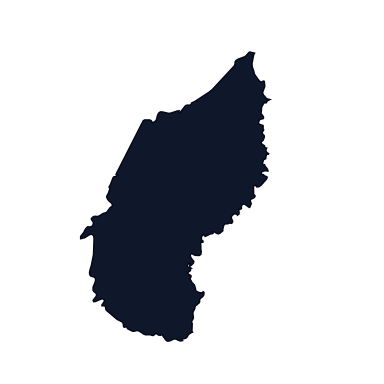 outline of Zanzan, rotated 215°
{"feature_id": "CIV-3449", "entity_name": "Zanzan", "entity_type": "Region", "adm_level": 1, "iso_a3": "CIV", "parent_name": "Ivory Coast", "parent_adm1": "", "projection": "natural_earth1", "projection_center": [-3.572, 8.502], "detail": "fine", "context": "isolated", "style": "filled", "palette": "ink", "viewbox_px": 384, "rotation_deg": 215, "n_neighbors": 0, "source": "natural_earth", "source_scale": "10m", "svg_char_len": 5773}
<svg xmlns="http://www.w3.org/2000/svg" viewBox="0 0 384 384"><g transform="rotate(215 192 192)"><path d="M256.4,89.9L257.7,91.7L257.7,93.2L257.4,96.5L257.5,97.3L257.9,99.0L257.9,101.8L257.5,103.6L256.4,104.3L255.2,105.0L254.3,106.4L254.2,108.3L254.9,109.9L256.1,111.0L257.7,111.4L259.1,112.3L259.0,114.2L257.9,116.2L255.1,117.9L254.0,119.8L252.5,123.4L250.6,125.7L250.2,126.5L250.1,131.7L249.7,133.3L248.9,134.8L249.7,135.4L250.3,136.1L251.0,136.6L252.2,136.9L254.5,137.0L256.8,137.6L259.0,138.9L259.6,140.6L259.7,142.7L261.1,147.6L261.6,148.0L262.2,148.1L262.7,148.4L262.9,149.3L263.0,151.1L264.8,158.3L264.7,159.7L263.8,160.3L263.1,161.0L262.9,162.3L263.3,163.1L264.2,162.7L264.6,164.3L268.7,193.3L272.8,222.3L272.2,223.8L268.2,226.6L267.0,227.0L266.0,226.9L264.8,226.3L264.1,226.2L263.5,226.9L262.9,228.2L262.5,229.9L262.7,231.2L263.9,234.2L264.5,236.6L264.4,238.4L263.5,239.8L261.7,240.8L256.4,242.9L254.8,244.2L250.7,249.7L249.2,251.1L249.1,250.7L248.7,250.2L248.1,249.7L247.5,249.8L247.3,250.5L246.9,258.3L246.6,259.4L245.9,260.3L243.9,261.7L243.1,262.5L243.0,263.0L243.3,264.4L243.3,264.9L242.9,265.6L242.1,266.9L241.7,267.5L235.3,283.4L234.1,287.6L229.7,319.3L229.8,320.5L230.4,322.0L231.0,322.8L231.4,323.7L231.3,325.1L230.5,327.1L226.4,333.0L226.0,334.0L225.3,339.2L224.8,339.9L220.4,341.6L220.2,339.7L216.5,331.5L215.4,330.2L214.0,328.7L211.0,326.6L209.0,324.8L207.9,324.1L201.5,321.8L199.6,321.5L198.4,321.5L197.7,322.9L197.2,323.7L196.9,324.0L196.4,324.1L195.9,323.8L194.4,321.9L193.5,321.0L193.2,320.5L193.0,320.1L192.8,319.6L191.4,314.4L191.1,313.8L190.5,313.3L189.4,312.6L188.9,312.2L188.4,312.0L187.9,312.2L187.6,312.2L186.8,311.7L186.2,311.8L184.8,311.3L184.5,311.2L184.1,311.3L181.2,312.4L182.5,310.0L182.4,307.6L183.8,306.8L184.1,305.1L183.6,300.9L183.3,300.8L181.3,297.5L181.0,296.7L180.7,296.1L179.9,295.6L178.9,295.4L177.7,295.0L176.7,294.5L176.0,293.9L175.8,292.9L177.6,290.9L178.1,289.7L177.3,286.6L175.6,286.1L172.0,287.2L171.3,286.6L170.8,285.6L170.3,284.7L169.2,284.3L168.9,283.7L168.8,282.2L168.5,280.7L167.4,280.0L165.2,279.6L164.2,278.4L163.4,275.0L164.1,272.7L163.0,271.5L161.0,271.3L159.2,271.5L158.7,270.8L157.9,270.3L157.1,270.3L156.1,270.8L155.5,268.7L154.6,267.7L153.2,267.3L151.2,267.3L151.2,266.6L152.2,266.1L152.3,265.3L151.8,263.3L151.5,262.9L150.9,262.0L150.8,261.3L151.2,260.7L151.7,260.1L151.9,259.5L151.4,257.7L150.9,256.6L150.5,255.8L149.3,254.8L148.2,256.0L147.3,255.1L144.6,254.4L143.3,253.9L141.9,252.9L141.8,252.6L142.6,252.3L143.9,251.7L145.4,250.2L146.1,249.2L146.4,248.2L145.7,246.2L144.8,246.3L143.9,247.1L143.0,247.1L141.7,246.8L140.2,247.3L138.9,247.3L138.4,245.6L138.9,241.0L139.3,237.2L140.3,234.6L141.9,233.3L143.9,234.0L144.2,233.6L144.9,232.4L145.1,231.9L144.0,230.7L140.5,225.8L139.6,225.3L138.7,225.2L138.0,224.9L137.8,223.7L138.1,222.4L139.4,220.3L139.7,219.1L139.1,218.0L137.0,216.6L136.6,215.9L136.5,214.8L136.1,213.4L136.0,212.4L137.0,212.2L141.4,212.3L142.7,212.0L143.4,210.9L143.6,209.8L143.5,208.9L143.0,208.1L142.1,206.9L142.1,206.5L142.5,206.3L142.7,205.3L142.8,205.0L143.1,204.7L143.3,204.2L143.3,203.5L143.1,203.0L142.7,202.9L142.3,202.9L142.1,202.8L141.6,202.0L141.1,201.4L140.9,200.6L141.5,199.2L141.8,199.6L143.0,199.3L144.8,198.6L145.4,196.7L145.8,195.3L145.0,193.3L141.7,191.2L141.5,189.3L142.0,188.8L143.6,188.2L144.2,186.8L146.7,184.7L146.9,183.2L146.3,181.0L145.9,180.4L145.4,178.9L144.5,178.0L145.5,174.3L146.4,172.8L147.9,172.3L150.6,172.2L151.7,171.8L152.5,170.9L151.1,170.5L151.4,169.6L153.0,168.0L155.3,163.9L155.8,163.2L157.0,163.5L157.8,164.0L158.4,163.6L158.6,161.4L158.2,160.0L157.2,158.8L156.0,158.0L154.9,158.1L154.7,157.8L154.7,157.6L154.3,157.4L154.8,156.8L155.0,156.4L155.3,156.1L156.1,156.0L156.1,155.3L154.4,153.6L151.8,150.0L150.3,148.5L149.0,146.0L149.6,144.2L151.5,142.9L153.7,141.8L154.9,141.6L156.2,141.6L157.2,141.1L157.4,139.7L156.7,138.6L155.4,137.7L153.9,137.1L150.7,136.2L150.1,134.5L150.4,132.2L151.2,129.8L152.1,131.3L153.1,132.6L153.8,132.4L153.7,129.8L153.1,128.2L152.1,128.2L150.6,128.8L148.8,129.1L149.0,128.7L149.5,128.4L148.2,126.8L149.3,123.4L147.9,122.7L145.2,122.9L144.6,122.7L144.2,121.9L144.0,120.7L143.7,119.6L143.0,119.2L142.1,118.9L140.3,117.9L136.6,117.1L134.2,115.2L131.8,112.8L131.3,113.3L130.8,113.4L130.2,113.4L129.3,113.5L127.9,114.0L126.3,114.9L125.7,115.7L125.7,116.5L125.4,116.8L124.4,116.4L124.1,115.9L123.7,115.1L123.3,114.2L123.2,113.5L123.4,111.8L123.8,110.7L124.1,109.6L123.9,107.8L123.6,107.4L123.2,107.1L122.9,106.6L122.6,105.7L122.7,104.8L122.9,104.1L123.1,103.6L123.2,103.2L123.3,102.2L123.8,101.1L123.9,100.3L123.7,99.6L122.8,97.9L122.4,94.5L121.7,93.1L119.3,90.4L118.7,89.6L118.4,88.8L118.3,88.0L118.3,86.9L118.1,85.8L117.6,85.2L116.9,84.7L116.2,84.1L112.3,78.0L111.2,77.5L111.8,76.7L112.9,74.1L113.1,72.8L112.9,70.4L112.9,69.5L113.4,68.5L116.1,65.3L115.0,64.9L114.6,64.8L115.8,63.5L117.4,62.9L120.7,62.4L122.4,61.4L124.9,57.2L126.5,55.8L128.0,55.6L133.1,57.3L134.0,57.9L134.5,58.1L135.1,58.0L135.3,57.5L135.3,56.9L135.4,56.7L136.8,55.9L137.5,55.6L140.4,55.6L140.9,54.1L141.3,52.4L142.6,51.6L144.5,51.1L147.9,48.6L149.5,48.0L155.6,47.8L157.3,47.2L158.0,46.6L159.5,44.8L160.4,44.1L161.7,43.7L166.0,43.1L166.6,43.2L167.8,43.9L168.4,44.1L168.8,43.7L169.7,42.6L170.0,42.3L171.2,42.8L171.8,43.5L172.4,44.4L173.4,45.1L174.9,45.5L180.2,44.7L194.2,46.0L195.3,46.5L196.9,48.2L197.8,48.7L198.6,48.4L199.7,47.7L200.6,47.2L201.0,48.0L200.9,50.0L201.1,52.1L202.0,53.5L204.1,53.2L205.3,51.8L208.3,46.9L209.7,45.8L210.8,46.5L210.8,48.5L210.6,51.0L211.0,53.0L212.6,54.1L214.6,54.1L216.6,54.7L218.4,57.2L219.5,62.2L220.4,64.6L221.9,66.1L223.5,66.2L226.6,65.1L228.3,65.6L229.7,67.2L230.8,69.6L232.4,74.4L236.8,84.3L245.7,98.0L247.7,99.8L249.8,100.0L251.5,98.3L253.7,93.0L256.4,89.9Z" fill="#0f172a" stroke="#020617" stroke-width="1.5"/></g></svg>